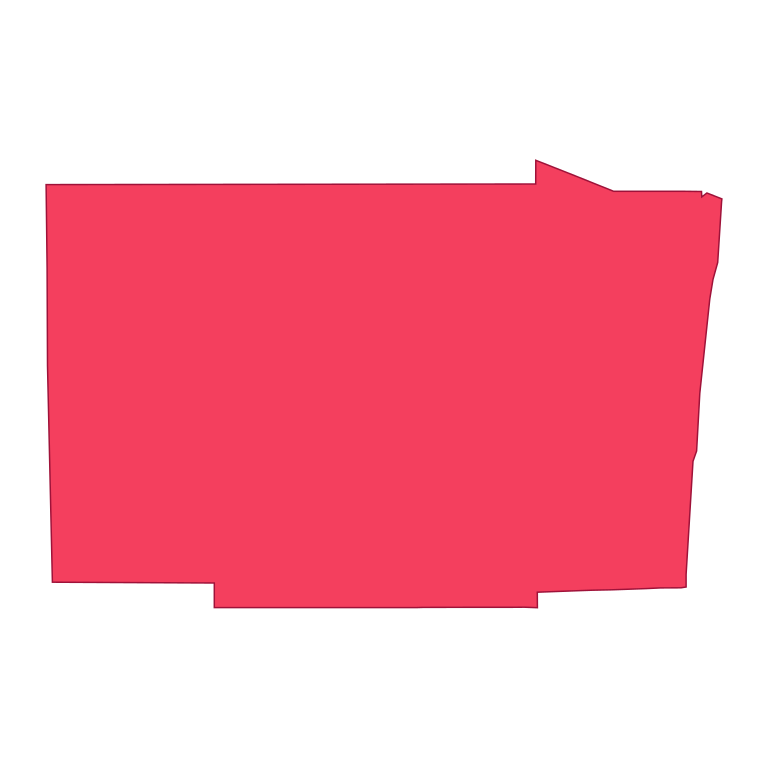 outline of Broward, Florida, United States of America
{"feature_id": "52423323B57626365826979", "entity_name": "Broward", "entity_type": "district", "adm_level": 2, "iso_a3": "USA", "parent_name": "United States of America", "parent_adm1": "Florida", "projection": "equal_earth", "projection_center": [-80.306, 26.156], "detail": "fine", "context": "isolated", "style": "filled", "palette": "rose", "viewbox_px": 768, "rotation_deg": 0, "n_neighbors": 0, "source": "geoboundaries", "source_scale": "gbopen_adm2", "svg_char_len": 678}
<svg xmlns="http://www.w3.org/2000/svg" viewBox="0 0 768 768"><path d="M47.1,268.0L47.5,365.1L47.5,365.4L52.4,582.2L214.3,583.0L214.3,607.6L416.2,607.6L423.0,607.4L470.2,607.3L470.3,607.3L510.8,607.3L524.3,607.2L537.4,607.7L537.3,592.2L577.9,590.7L592.3,590.2L611.9,589.8L645.9,588.6L660.7,587.9L660.9,587.9L681.0,587.8L686.1,587.0L686.1,574.4L693.0,461.3L695.4,454.4L696.6,451.0L699.8,393.3L709.8,298.9L713.0,279.4L717.7,262.5L721.6,201.6L721.9,198.9L706.9,193.0L701.8,196.9L701.5,191.5L684.0,191.3L642.3,191.3L642.0,191.3L641.9,191.3L613.6,191.3L575.3,175.9L535.8,160.3L535.7,184.0L535.3,184.0L46.1,184.6L47.1,268.0Z" fill="#f43f5e" stroke="#9f1239" stroke-width="1.5"/></svg>